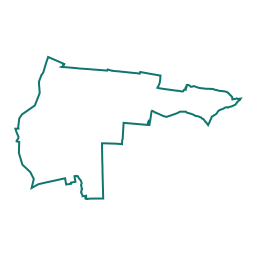 Lipanesti, Prahova, Romania (Robinson projection)
{"feature_id": "2599482B42287242425704", "entity_name": "Lipanesti", "entity_type": "district", "adm_level": 2, "iso_a3": "ROU", "parent_name": "Romania", "parent_adm1": "Prahova", "projection": "robinson", "projection_center": [26.047, 45.053], "detail": "fine", "context": "isolated", "style": "outline", "palette": "teal", "viewbox_px": 256, "rotation_deg": 0, "n_neighbors": 0, "source": "geoboundaries", "source_scale": "gbopen_adm2", "svg_char_len": 5396}
<svg xmlns="http://www.w3.org/2000/svg" viewBox="0 0 256 256"><path d="M31.6,188.0L38.4,184.2L42.3,183.3L47.1,182.2L51.5,181.3L51.7,181.2L53.3,180.9L59.1,179.6L65.1,178.3L65.5,180.8L66.2,184.5L70.9,183.8L70.9,182.7L75.4,181.8L74.5,176.2L76.1,175.9L76.2,176.1L76.7,176.1L77.2,176.1L77.6,176.2L77.8,176.2L78.0,176.3L78.4,177.5L78.6,177.8L79.5,179.0L80.3,179.9L80.7,180.4L80.8,180.6L81.0,180.9L81.2,181.7L81.6,182.8L81.7,183.2L81.6,183.5L81.4,184.2L81.2,184.7L81.0,185.1L81.0,185.3L81.5,186.5L81.6,187.7L81.6,188.0L82.0,188.5L82.2,188.9L82.2,189.0L81.8,189.6L81.6,189.7L81.5,189.9L81.5,190.2L81.5,190.6L81.5,190.8L81.4,191.1L81.2,191.4L81.2,191.6L81.2,191.8L81.1,192.1L81.3,192.3L81.2,192.5L81.4,193.1L81.9,194.1L82.3,194.7L82.4,195.2L82.5,195.6L82.5,196.2L84.0,196.1L84.7,196.1L85.2,196.0L85.7,195.8L86.1,195.7L86.1,197.3L85.5,197.3L85.4,198.2L86.3,198.1L86.4,199.0L87.3,199.0L87.8,198.9L89.4,198.7L89.9,198.6L102.0,198.5L103.2,198.5L103.0,190.4L102.5,171.2L102.5,167.3L102.3,162.8L102.0,143.3L104.0,143.3L116.5,143.7L122.0,144.2L122.0,142.8L122.1,142.4L122.1,142.2L122.1,141.9L122.1,141.3L122.1,140.8L122.2,140.6L122.4,140.0L122.4,139.3L122.6,138.8L122.7,138.5L123.6,122.8L126.3,123.1L130.2,123.4L134.5,123.8L145.3,124.7L146.5,124.8L147.7,124.9L148.0,122.5L148.6,122.6L148.8,120.7L149.6,120.8L149.1,125.0L149.4,125.0L150.1,120.4L150.2,120.5L151.5,111.6L152.0,110.8L152.7,111.0L154.6,112.1L155.0,112.4L155.2,112.6L155.6,112.6L156.3,112.9L159.1,114.1L163.4,116.1L164.3,116.3L166.6,116.9L169.1,116.0L170.7,115.5L172.6,114.8L175.8,113.7L177.4,113.1L179.2,112.1L179.9,111.7L185.1,111.7L185.8,111.6L186.3,112.2L186.6,112.3L186.9,112.6L187.4,112.8L187.9,113.0L188.9,113.2L189.6,113.3L190.0,113.5L190.9,113.8L192.2,114.2L193.0,114.5L193.6,114.8L193.9,114.9L194.3,115.3L194.8,115.6L195.2,115.8L195.8,115.9L198.0,116.3L198.4,116.4L199.6,117.0L200.4,117.3L201.2,117.5L201.7,118.2L202.2,118.6L202.6,118.8L203.0,119.0L203.4,119.2L203.7,119.5L204.1,120.0L204.6,120.6L205.6,122.1L205.8,122.3L206.1,122.3L206.4,122.6L207.1,123.7L207.7,124.6L208.1,125.1L208.4,124.4L208.9,123.3L209.4,122.5L209.8,121.6L210.2,120.3L210.4,120.0L210.6,119.7L210.9,119.2L211.1,118.8L211.3,118.2L211.4,117.5L211.6,117.0L211.7,116.8L211.9,116.6L212.9,116.1L213.8,115.5L214.3,115.1L215.2,114.6L215.9,114.2L216.3,113.8L217.0,113.0L217.4,112.4L217.6,111.9L217.9,111.5L218.1,111.1L218.4,110.9L218.6,110.7L219.5,110.2L220.1,109.9L220.6,109.6L220.9,109.5L221.5,109.4L222.1,109.2L223.7,108.5L224.0,108.3L224.6,107.8L225.1,107.6L226.0,107.4L226.7,107.2L226.9,107.2L227.1,107.2L227.8,107.6L228.0,107.6L228.3,107.5L229.0,107.0L229.2,106.9L229.5,106.8L230.1,106.7L230.6,106.7L230.8,106.7L231.0,106.6L231.4,106.5L232.6,105.9L233.7,105.5L234.0,105.4L234.2,105.2L234.3,105.1L235.0,104.8L235.4,104.6L235.6,104.4L236.0,103.9L236.9,102.6L237.2,102.3L237.5,101.7L238.0,101.3L238.2,101.2L238.5,101.0L239.2,100.3L239.3,100.2L239.9,99.9L240.0,99.8L240.1,99.6L240.3,99.0L240.4,98.9L240.6,98.6L239.9,98.7L239.2,98.8L238.0,98.9L237.7,98.9L236.8,98.4L236.5,98.6L236.1,98.7L233.0,99.3L232.4,99.4L232.3,98.6L232.3,97.7L232.2,97.1L231.9,97.0L231.8,96.9L231.7,96.7L231.6,96.4L231.5,96.2L230.9,95.6L230.7,95.4L230.4,95.3L230.3,95.2L229.6,94.4L229.1,93.7L228.9,93.7L228.5,93.3L227.6,92.4L227.4,92.2L227.1,92.1L226.3,91.9L225.9,91.7L225.2,91.5L224.6,91.3L223.9,91.3L223.5,91.3L223.2,91.2L222.9,91.1L222.6,91.1L222.2,91.1L221.4,91.0L220.7,91.0L220.4,91.0L220.0,90.9L219.2,90.8L218.4,90.6L217.1,90.2L216.7,90.1L215.6,89.9L215.1,89.8L214.9,89.7L213.2,89.1L212.2,88.9L211.6,88.9L211.0,89.0L210.8,89.1L210.5,88.9L210.1,88.8L209.9,88.8L209.2,88.8L208.8,88.8L208.2,88.8L207.7,88.8L206.8,88.7L205.8,88.8L202.9,88.3L202.5,88.3L201.5,88.3L199.9,88.0L199.2,87.9L198.9,87.8L198.6,87.8L194.7,86.4L193.8,86.1L193.6,86.1L193.4,86.2L192.7,86.5L192.0,86.7L191.6,86.8L190.6,86.7L190.0,85.8L189.5,85.6L189.0,85.3L188.1,85.0L187.8,84.9L186.9,84.9L186.7,85.0L186.6,85.7L186.6,85.8L186.5,86.0L186.6,86.4L186.5,86.5L186.3,86.7L186.3,86.8L186.2,87.2L186.0,87.3L186.3,87.6L186.2,87.8L185.9,87.9L185.8,88.0L186.0,88.3L185.9,88.6L185.7,88.7L185.7,88.8L185.6,88.7L185.4,88.6L185.2,89.0L184.9,89.4L184.9,89.7L184.9,89.8L184.6,89.9L184.1,89.8L183.8,90.1L183.7,90.2L183.5,90.6L183.4,90.8L183.4,91.0L183.0,91.4L182.1,91.4L181.5,91.4L180.5,91.2L179.8,91.0L179.3,90.9L176.7,90.7L172.3,90.1L170.2,89.8L167.4,89.4L166.3,89.3L159.6,88.3L157.7,87.9L157.4,87.8L157.8,87.1L158.6,85.6L158.9,84.9L159.3,83.9L159.7,82.9L159.9,81.6L160.0,80.9L160.2,79.5L160.3,78.3L160.3,77.5L160.3,76.7L160.5,75.6L150.7,73.9L140.2,72.0L139.8,73.6L135.7,73.1L131.3,72.7L128.4,72.4L116.9,71.2L114.8,71.1L113.3,70.9L112.4,70.7L112.1,70.8L107.7,69.5L107.2,70.6L102.5,70.2L97.1,69.8L94.9,69.6L93.5,69.6L89.9,69.2L79.3,68.5L74.6,68.0L67.9,67.4L65.1,67.2L61.8,67.0L61.4,66.9L61.8,66.7L62.1,66.7L62.5,66.5L63.0,66.2L63.4,65.9L63.5,65.8L63.5,65.7L63.5,65.1L63.4,64.9L63.2,64.6L63.3,64.5L63.7,64.5L63.9,64.5L64.1,64.5L64.3,64.0L63.4,63.6L56.2,60.5L48.1,57.0L48.0,57.4L47.1,60.2L46.6,61.4L45.2,66.0L43.3,72.4L42.6,73.5L41.4,75.1L40.0,78.9L39.0,81.5L38.9,82.1L39.0,82.7L39.0,84.1L39.3,87.3L39.7,93.0L36.9,100.3L34.8,105.5L24.6,112.6L22.0,114.4L19.3,118.3L18.2,127.1L18.5,128.6L15.4,128.7L16.4,131.9L17.6,134.8L18.4,136.7L18.5,137.0L18.4,137.6L18.4,138.0L18.2,138.4L17.8,139.1L16.8,140.5L16.6,140.9L16.6,141.2L16.6,141.4L19.2,141.9L18.9,153.0L22.4,164.7L30.3,172.1L33.8,179.0L31.6,188.0Z" fill="none" stroke="#0f766e" stroke-width="2"/></svg>